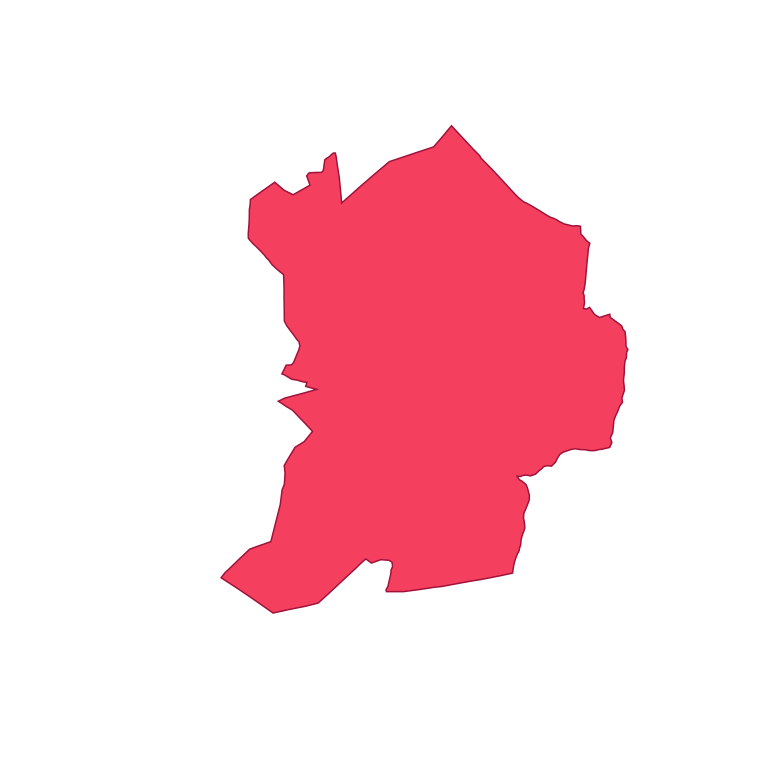 Eldama Ravine, Rift Valley, Kenya, rotated 47°
{"feature_id": "3690345B15109287371985", "entity_name": "Eldama Ravine", "entity_type": "district", "adm_level": 2, "iso_a3": "KEN", "parent_name": "Kenya", "parent_adm1": "Rift Valley", "projection": "mercator", "projection_center": [35.716, -0.006], "detail": "fine", "context": "isolated", "style": "filled", "palette": "rose", "viewbox_px": 768, "rotation_deg": 47, "n_neighbors": 0, "source": "geoboundaries", "source_scale": "gbopen_adm2", "svg_char_len": 3590}
<svg xmlns="http://www.w3.org/2000/svg" viewBox="0 0 768 768"><g transform="rotate(47 384 384)"><path d="M181.9,262.1L180.6,263.4L180.4,264.6L180.4,267.7L180.4,268.8L180.3,270.1L179.8,271.9L179.7,274.5L184.8,280.7L186.4,282.8L186.7,284.3L186.4,285.6L182.2,290.3L178.6,294.5L178.6,296.0L178.9,297.5L179.0,298.6L188.1,302.5L183.6,321.4L174.3,324.9L161.9,326.3L160.9,333.7L159.0,347.5L158.0,355.9L162.3,360.5L164.2,363.1L171.0,369.6L175.0,373.7L178.2,377.2L181.5,380.8L184.7,383.7L186.3,384.0L192.8,384.1L195.8,383.8L199.1,383.7L200.2,383.7L203.0,383.6L207.9,383.6L211.9,383.9L214.5,383.8L220.4,384.5L225.2,384.2L230.7,383.6L235.4,382.8L238.0,384.9L241.6,388.1L247.0,392.9L251.9,397.5L258.2,403.2L264.8,409.2L269.9,413.9L275.1,415.4L278.7,415.8L280.2,416.0L285.7,416.5L290.2,417.1L291.5,417.3L293.0,417.4L295.2,417.3L296.2,418.1L298.7,419.4L301.2,423.6L302.4,426.3L304.7,431.3L306.7,435.7L306.8,438.9L303.5,442.6L307.0,451.8L309.1,450.7L317.7,448.2L322.0,444.8L327.2,441.8L330.2,439.3L332.4,442.9L342.0,437.0L334.7,451.1L326.7,466.0L324.5,473.0L334.2,470.7L340.7,468.8L360.6,468.6L369.9,468.6L371.7,481.7L369.6,492.2L373.6,506.2L375.6,512.6L381.7,517.1L389.3,525.2L392.0,530.8L401.5,542.2L409.0,553.9L417.0,566.3L422.1,574.2L416.5,587.0L413.2,594.8L413.3,608.4L413.6,624.0L413.5,628.5L414.6,635.3L433.5,630.6L446.9,627.5L462.7,624.1L475.9,621.3L484.3,607.0L493.3,592.5L499.3,581.6L499.5,567.0L499.5,553.1L499.5,539.0L499.5,528.8L499.3,524.9L499.5,516.6L506.4,515.3L510.3,506.2L516.3,500.6L519.6,499.7L520.7,500.3L521.6,500.9L523.6,502.6L524.7,505.5L527.5,508.5L530.5,513.0L534.6,519.0L536.0,523.1L537.6,523.8L549.2,511.3L558.6,498.1L567.2,485.5L571.6,479.7L576.4,472.1L585.5,457.9L595.1,443.3L604.0,429.0L610.0,418.9L607.2,415.6L604.0,411.2L602.8,409.3L600.9,405.8L599.3,402.5L598.1,398.9L596.3,396.5L594.8,393.7L591.2,389.7L588.5,385.4L586.6,381.4L585.4,379.2L581.7,376.2L577.2,373.4L574.0,370.0L572.1,365.6L569.9,360.9L567.7,356.6L564.4,353.5L561.5,351.9L557.7,349.9L554.3,348.7L549.4,349.3L546.3,350.3L542.2,349.5L544.8,347.2L545.5,344.9L547.5,342.2L551.2,339.4L553.3,334.6L553.2,330.1L553.5,326.9L553.3,323.7L554.9,320.5L558.3,317.5L558.1,311.9L556.6,308.0L556.2,306.7L555.4,303.3L556.0,299.7L557.2,296.8L558.6,293.7L560.2,290.5L562.1,288.0L565.7,285.3L569.3,281.7L572.9,279.1L576.3,275.5L578.6,271.5L580.2,269.3L580.8,268.5L581.9,266.4L582.8,264.9L584.3,262.2L582.3,257.4L577.8,255.2L575.4,249.7L573.0,247.0L570.2,243.8L567.2,240.4L564.9,235.5L563.4,231.7L560.9,226.7L560.0,222.0L556.5,219.6L554.7,216.4L552.7,212.6L548.9,209.5L544.9,206.6L542.5,203.9L540.1,201.1L537.9,198.9L535.6,196.7L531.6,192.1L530.0,188.7L526.4,185.1L525.1,182.1L521.4,181.3L519.0,179.0L514.7,175.4L510.2,172.1L506.7,171.9L503.5,170.5L489.5,173.1L487.0,171.3L486.1,173.0L482.4,181.0L476.9,182.6L468.2,181.4L467.2,184.9L464.8,186.7L461.3,181.8L458.5,179.8L456.0,177.5L453.0,176.1L451.1,172.8L448.4,169.3L445.6,166.0L441.0,160.9L437.4,156.9L433.2,152.2L428.4,146.7L424.3,142.1L421.4,137.5L417.2,138.1L413.1,137.8L410.9,137.7L408.8,137.9L402.6,132.7L399.7,135.0L397.2,138.2L394.3,140.1L389.7,143.1L385.5,144.7L381.7,145.7L378.0,147.2L375.0,148.8L370.3,150.2L366.4,151.2L359.2,153.2L353.1,155.0L347.8,156.8L346.3,157.6L339.2,158.6L334.5,158.7L328.2,158.7L314.3,158.6L303.2,158.6L284.8,159.0L283.3,158.5L281.9,158.3L272.4,158.6L262.6,158.6L249.3,158.6L241.2,158.5L241.7,162.8L242.7,170.6L243.6,178.3L244.4,186.1L237.7,200.6L231.7,213.8L226.9,224.3L225.0,228.5L224.1,247.1L223.3,267.9L222.8,291.5L207.6,279.8L202.2,275.7L191.1,268.2L185.8,264.4L181.9,262.1Z" fill="#f43f5e" stroke="#9f1239" stroke-width="1.5"/></g></svg>